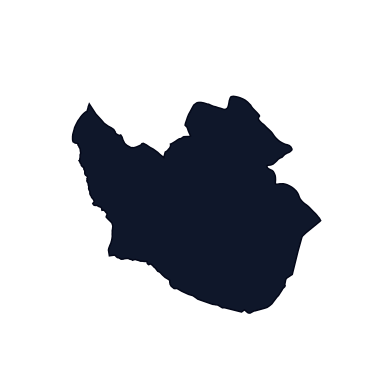 the district of Angkor Chey, Kâmpôt, Cambodia, rotated 134°
{"feature_id": "14789045B76666331169485", "entity_name": "Angkor Chey", "entity_type": "district", "adm_level": 2, "iso_a3": "KHM", "parent_name": "Cambodia", "parent_adm1": "Kâmpôt", "projection": "robinson", "projection_center": [104.635, 10.793], "detail": "fine", "context": "isolated", "style": "filled", "palette": "ink", "viewbox_px": 384, "rotation_deg": 134, "n_neighbors": 0, "source": "geoboundaries", "source_scale": "gbopen_adm2", "svg_char_len": 5456}
<svg xmlns="http://www.w3.org/2000/svg" viewBox="0 0 384 384"><g transform="rotate(134 192 192)"><path d="M238.7,66.1L234.6,64.8L233.4,63.9L225.1,59.0L222.8,57.8L220.4,57.3L219.1,57.1L216.9,56.9L216.1,57.0L214.6,57.2L211.2,57.6L208.8,57.9L206.4,57.9L199.3,59.3L198.6,59.6L195.7,59.5L194.7,59.9L194.1,61.0L189.8,63.8L188.6,64.0L187.6,64.0L186.5,63.7L182.8,62.9L181.7,62.6L181.1,62.9L180.3,63.4L160.5,74.9L148.1,81.6L146.8,81.9L142.1,81.7L136.2,81.0L124.4,79.6L123.2,79.6L122.8,81.0L122.4,82.1L122.3,83.8L122.0,85.8L121.8,88.1L121.8,91.0L121.7,93.9L121.6,96.5L121.6,98.4L121.8,100.7L122.1,102.5L122.2,103.3L122.3,105.3L122.2,107.2L121.8,109.7L121.0,111.6L119.9,113.8L119.3,115.7L118.9,117.8L118.9,121.2L119.2,123.5L119.6,125.2L120.2,127.1L120.7,128.6L121.5,130.2L122.6,132.0L123.2,132.6L123.8,133.2L125.1,134.5L126.3,135.4L127.4,136.2L128.0,137.0L128.0,137.9L127.1,138.8L125.4,140.2L124.7,140.9L123.3,142.4L122.3,143.8L121.4,145.9L120.8,147.8L120.9,149.4L121.6,151.4L122.1,153.0L122.2,154.4L121.9,155.5L121.4,155.9L120.6,156.4L120.0,155.9L117.8,154.1L115.7,153.1L112.7,152.8L110.5,152.7L108.5,152.8L105.9,152.1L104.5,151.4L102.6,151.4L100.6,151.4L97.6,150.5L96.4,149.9L95.1,149.5L93.7,149.4L92.8,149.3L92.0,149.6L91.6,150.1L90.9,152.2L91.0,154.3L91.9,156.4L92.8,157.8L93.4,159.3L94.1,161.5L94.7,164.0L94.9,166.2L94.9,169.0L94.7,171.3L94.3,173.3L93.9,175.2L93.7,176.9L93.7,180.0L93.8,183.3L93.7,185.8L93.7,187.5L94.0,189.3L94.0,191.1L93.9,192.9L93.5,194.8L92.9,195.4L91.8,196.0L90.5,196.2L90.1,196.8L89.8,200.1L89.7,203.8L89.6,206.5L89.3,208.5L88.8,210.2L88.8,212.1L88.7,214.4L89.0,217.5L89.7,220.0L90.8,222.8L91.8,224.8L93.1,226.9L94.4,228.7L95.7,229.7L96.6,230.1L97.9,229.8L100.4,228.6L102.7,227.0L104.8,225.7L106.8,224.8L108.9,225.1L110.4,226.3L112.0,229.7L113.1,231.6L113.7,232.9L114.3,234.2L114.9,235.1L115.7,236.6L116.5,238.7L117.1,240.5L117.3,241.1L117.8,241.5L118.4,242.7L119.7,245.3L121.4,247.9L122.3,248.8L123.4,249.8L124.6,250.5L128.2,251.1L131.3,250.3L134.4,249.4L138.5,248.3L141.5,247.1L144.8,245.5L146.8,244.6L148.3,243.7L148.8,243.3L148.8,240.8L149.5,239.1L150.5,237.3L151.5,234.9L152.3,232.7L152.7,232.0L154.1,232.6L156.0,234.5L157.9,236.3L159.5,236.8L160.8,236.8L162.6,238.1L164.9,238.7L167.1,239.1L170.2,239.9L171.8,240.4L172.5,240.8L173.1,239.9L174.0,239.4L174.6,239.0L175.6,238.7L176.3,238.6L178.0,238.6L178.9,238.4L180.5,238.6L181.8,239.0L183.2,238.3L183.8,237.9L185.9,236.8L186.8,236.2L187.2,240.4L187.3,241.6L187.3,244.2L188.1,249.8L189.1,253.3L189.8,257.5L190.8,260.8L192.0,261.6L193.7,261.4L195.0,261.9L198.1,263.2L200.4,264.5L202.5,266.8L203.7,271.3L203.8,274.2L202.5,277.9L201.1,280.4L200.5,282.9L201.7,283.4L202.5,285.3L202.9,287.8L202.2,288.7L201.4,291.7L201.9,294.7L202.9,298.1L203.6,303.0L203.2,306.9L202.7,315.3L201.3,321.4L200.0,327.1L202.7,325.9L204.1,325.0L205.7,324.2L207.4,323.4L208.2,324.1L209.0,324.2L210.1,324.3L210.8,324.4L213.2,324.4L215.4,324.2L218.2,323.7L220.0,323.5L222.0,322.9L224.3,322.2L227.2,321.2L228.7,320.3L231.3,318.9L233.3,317.8L235.0,316.5L237.0,314.6L238.0,313.4L238.5,312.3L238.2,311.7L238.2,310.8L237.7,309.7L237.3,309.2L236.7,308.3L236.3,307.4L237.3,306.9L237.8,304.8L238.2,304.2L238.4,303.1L238.7,302.5L239.2,301.8L239.6,301.3L240.1,300.8L240.6,300.0L241.4,299.0L242.1,298.7L243.0,298.3L243.6,297.7L244.4,296.9L244.8,296.5L245.6,296.1L246.4,295.4L247.2,295.0L247.9,295.1L248.0,294.4L248.4,293.2L248.8,292.6L248.6,291.6L248.9,291.0L249.5,290.7L249.8,289.6L249.9,288.9L249.8,287.6L249.5,286.8L250.0,286.1L250.5,286.0L250.8,285.4L251.1,284.3L251.4,283.6L252.1,283.1L252.7,282.4L253.2,281.9L253.5,281.4L253.8,280.3L253.7,279.6L253.6,278.6L253.7,278.0L254.0,277.5L254.6,277.0L255.5,276.8L255.9,275.7L256.5,275.8L257.1,275.3L257.4,274.5L257.7,273.7L257.9,272.8L258.3,272.2L259.0,271.6L259.5,270.5L259.9,270.0L260.5,269.4L261.1,269.0L261.5,268.5L261.9,267.8L262.3,266.7L262.6,265.8L263.2,265.2L264.3,264.1L264.8,262.8L265.0,261.6L265.4,261.0L265.7,259.9L265.7,258.9L265.9,257.8L266.5,255.9L267.3,255.6L268.3,255.5L269.3,255.3L269.4,254.5L269.6,253.8L269.4,253.0L268.8,252.2L267.6,251.0L267.6,250.3L267.2,249.6L267.1,248.6L266.7,248.0L266.3,247.2L266.4,246.4L266.4,245.7L266.8,245.2L267.4,244.6L267.7,244.0L267.0,243.5L266.5,243.0L266.2,241.9L266.3,241.0L266.5,239.6L266.5,238.2L267.2,237.5L267.9,237.2L269.1,236.7L269.6,236.4L269.7,235.6L269.8,233.7L269.8,232.2L269.8,230.1L269.9,228.2L270.6,226.8L271.5,225.3L273.5,223.7L275.4,222.4L276.2,221.5L277.9,220.0L279.2,218.6L281.1,217.2L282.8,216.1L285.2,214.8L287.4,214.0L288.8,213.4L290.4,212.7L291.8,211.8L293.2,209.9L295.3,207.1L294.0,206.1L292.5,204.9L291.2,203.8L291.0,202.7L291.1,201.5L291.0,200.1L290.3,199.2L290.0,198.1L289.8,197.5L289.6,196.3L288.1,194.9L286.8,194.2L286.1,193.6L284.9,192.6L284.0,191.6L283.6,190.2L283.1,189.4L282.5,188.5L282.4,187.4L281.2,186.8L279.9,185.9L279.2,184.4L278.3,182.9L277.6,181.1L276.2,179.6L275.2,178.2L273.7,176.6L273.3,176.1L274.3,174.8L274.5,173.6L274.3,172.6L273.5,172.4L272.5,171.8L272.2,169.5L272.4,167.4L272.2,165.3L272.5,163.8L272.8,161.5L272.1,159.8L272.0,158.5L272.1,157.6L272.2,155.6L272.1,152.0L271.4,149.1L271.0,146.6L272.2,145.5L273.6,143.6L274.2,141.5L273.9,137.9L273.3,137.1L271.8,135.8L270.5,130.4L269.1,126.4L268.0,123.3L266.9,121.2L266.0,119.5L265.8,118.6L265.2,114.8L265.1,113.6L264.0,111.1L258.5,99.2L257.0,97.2L256.5,96.3L255.8,95.6L255.3,94.6L254.2,89.7L253.2,88.8L252.5,88.0L243.9,73.0L240.3,72.4L240.1,68.2L239.6,67.0L238.7,66.1Z" fill="#0f172a" stroke="#020617" stroke-width="1.5"/></g></svg>